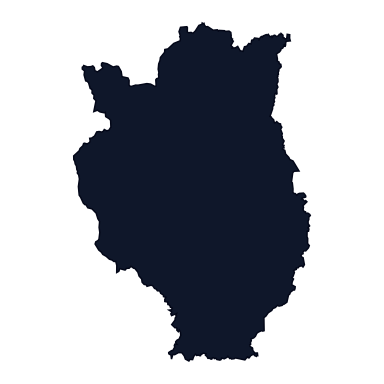 Mandritsara, Sofia, Madagascar
{"feature_id": "10022922B13687974105922", "entity_name": "Mandritsara", "entity_type": "district", "adm_level": 2, "iso_a3": "MDG", "parent_name": "Madagascar", "parent_adm1": "Sofia", "projection": "robinson", "projection_center": [48.852, -16.049], "detail": "fine", "context": "isolated", "style": "filled", "palette": "ink", "viewbox_px": 384, "rotation_deg": 0, "n_neighbors": 0, "source": "geoboundaries", "source_scale": "gbopen_adm2", "svg_char_len": 5893}
<svg xmlns="http://www.w3.org/2000/svg" viewBox="0 0 384 384"><path d="M266.3,34.6L263.0,36.0L262.5,37.1L261.6,36.5L260.5,37.2L259.0,39.7L258.3,38.5L254.5,38.0L253.4,39.8L251.7,40.2L251.0,43.9L248.8,43.5L246.7,46.3L244.5,46.7L242.9,51.4L240.1,50.7L237.7,46.4L235.4,47.8L232.2,48.2L232.7,47.2L230.9,45.5L233.3,41.2L232.2,40.2L232.5,39.0L231.5,38.7L231.3,37.1L230.8,36.8L231.2,35.7L230.8,32.4L229.0,31.1L225.5,31.4L224.5,30.7L219.1,30.4L218.3,31.0L217.4,29.8L213.2,30.2L207.7,26.6L205.8,26.8L204.5,25.2L204.0,23.3L203.2,23.7L202.2,23.0L201.9,24.3L198.9,25.4L195.3,31.0L193.0,33.3L191.1,32.4L188.7,32.7L187.3,32.1L187.4,27.6L186.9,26.7L180.5,27.3L179.0,31.7L180.3,35.5L179.7,36.7L180.4,38.1L180.2,40.8L173.8,43.4L167.9,48.9L164.8,49.5L164.6,52.3L160.4,57.5L160.0,60.5L158.7,63.9L158.2,69.2L158.9,72.7L158.5,74.2L158.8,77.4L158.4,78.1L156.6,78.7L155.8,79.8L156.1,85.2L155.9,86.1L154.8,86.4L150.6,84.1L146.9,83.6L138.0,85.2L135.6,85.1L131.5,86.4L129.7,86.1L129.0,84.7L129.1,80.4L128.0,78.0L122.0,76.7L121.2,71.5L118.4,66.5L116.7,66.1L113.1,67.0L107.1,63.7L102.4,62.7L101.6,63.5L101.4,65.5L102.6,67.2L102.6,68.3L97.4,71.9L94.9,70.7L94.3,67.5L92.8,65.9L91.1,66.6L87.4,66.9L83.7,65.5L83.3,66.5L82.3,67.2L82.3,69.1L84.6,70.9L84.1,74.9L85.7,80.9L87.2,81.3L88.6,82.8L90.2,88.5L91.5,89.2L92.2,90.5L92.0,93.0L94.1,95.2L93.8,98.5L96.0,100.7L93.8,111.6L97.4,110.2L100.0,111.9L104.2,112.8L105.3,112.3L105.7,116.6L109.1,118.7L110.6,120.3L110.9,127.1L108.8,130.3L106.7,130.8L104.3,129.5L103.2,131.3L101.6,132.1L99.1,131.5L96.7,131.9L94.6,136.0L91.6,138.1L89.7,138.3L90.2,141.1L89.5,142.5L87.2,143.9L84.5,143.2L83.6,143.5L82.9,145.8L80.0,148.5L79.2,150.8L73.7,155.9L73.8,159.6L74.8,161.4L75.2,163.9L76.4,165.9L76.9,169.8L77.7,170.9L77.3,173.0L78.7,174.9L79.4,179.0L78.4,186.6L79.2,195.2L80.6,197.2L83.3,203.1L84.8,204.6L86.0,204.7L87.8,207.8L91.9,208.8L96.2,213.2L97.9,218.8L99.6,221.5L99.1,227.4L99.8,232.4L99.0,239.0L98.1,240.5L95.8,241.8L95.1,244.0L98.8,250.1L101.4,252.2L102.8,254.4L106.2,256.3L109.4,259.2L111.8,259.9L114.0,261.5L115.7,261.3L116.8,265.4L116.7,272.5L118.8,271.3L119.8,268.6L124.7,270.0L125.4,269.9L126.3,268.4L129.2,268.2L131.0,266.3L133.6,268.2L134.8,268.4L137.9,272.2L139.1,276.1L141.7,279.0L142.1,282.2L144.1,284.4L146.3,284.8L147.0,286.3L151.0,285.2L152.7,285.7L154.5,288.4L156.2,289.1L157.4,290.8L159.7,290.9L160.7,293.3L163.5,295.1L163.5,296.6L165.8,297.3L164.8,299.4L164.8,301.5L167.7,302.1L167.9,304.5L169.0,304.7L170.2,306.2L170.4,307.2L172.2,307.9L171.6,309.8L169.0,310.1L171.6,311.7L171.7,312.6L170.8,313.9L171.6,315.6L176.6,313.5L175.9,315.3L176.5,315.9L175.2,318.0L175.0,320.1L171.7,324.6L175.0,327.8L176.5,327.7L177.0,328.9L176.8,330.1L178.3,331.7L179.3,330.0L180.4,332.2L180.8,335.3L179.1,339.1L177.1,340.1L175.7,341.7L175.7,342.7L177.0,344.3L174.9,344.1L174.3,345.5L174.7,347.2L172.6,350.7L171.6,350.6L168.7,352.5L168.8,353.8L171.0,355.1L171.5,359.1L172.9,354.4L174.6,354.7L178.5,352.6L181.8,352.7L184.2,355.8L185.4,359.1L188.9,361.0L189.8,359.4L192.6,359.6L193.7,356.5L195.4,354.2L196.7,355.5L198.1,355.1L200.1,355.8L200.6,355.6L200.8,354.2L201.6,354.3L203.2,353.1L206.1,353.8L205.4,355.1L207.0,356.6L207.9,358.3L209.6,358.3L211.1,359.2L211.9,359.0L212.4,357.8L213.7,357.7L214.3,358.6L215.8,358.2L216.8,359.5L219.9,360.1L221.0,359.6L221.6,358.1L224.3,358.8L227.1,357.3L227.9,356.2L229.7,358.5L230.8,358.2L231.5,359.0L234.1,358.7L235.4,357.9L244.9,359.9L247.3,356.9L247.7,356.8L248.2,357.8L249.1,357.9L250.7,355.7L253.2,354.3L254.1,354.1L254.4,355.5L256.5,356.4L257.0,355.5L257.7,355.6L257.4,353.0L254.8,353.0L252.7,350.3L252.7,348.8L252.0,348.6L252.3,347.8L250.0,346.5L249.7,344.7L250.6,344.4L250.5,342.2L251.3,340.8L250.9,339.0L253.7,337.9L255.4,336.3L256.8,333.3L258.4,332.1L261.4,330.7L262.8,331.1L264.1,330.7L263.9,317.6L265.8,316.2L268.3,312.7L271.7,310.5L272.9,308.5L275.2,307.6L277.6,305.3L279.0,306.1L282.1,305.4L283.5,304.0L284.0,304.2L286.9,302.2L288.5,295.1L289.8,294.0L290.3,292.3L293.3,290.0L294.5,290.0L295.0,288.6L295.2,286.7L291.8,284.8L292.2,281.8L293.5,279.0L291.9,277.5L293.1,276.3L294.4,272.5L293.6,270.5L296.3,269.4L296.2,268.1L298.1,267.8L299.0,266.6L301.5,265.7L303.0,267.0L304.4,264.7L303.1,257.7L301.7,257.0L300.9,255.5L302.0,254.1L303.1,253.7L302.8,252.6L303.8,250.8L305.7,250.9L308.4,247.9L309.3,245.6L307.6,243.5L307.7,238.4L307.0,236.7L307.1,231.3L308.5,231.2L308.9,229.0L308.0,227.8L309.6,225.9L308.1,223.6L308.1,221.1L308.8,219.6L308.8,217.2L310.3,215.5L309.7,214.4L307.8,213.1L306.0,213.4L305.5,211.8L304.4,211.9L303.1,209.7L303.5,207.2L302.9,205.8L306.9,201.8L305.7,200.6L304.8,201.4L302.6,199.2L301.5,199.1L301.9,198.1L305.6,197.1L305.8,196.1L304.7,194.3L303.5,193.1L299.3,193.4L297.9,194.0L296.8,195.2L295.3,193.6L293.9,193.4L292.9,192.5L293.0,188.9L292.3,182.8L291.5,182.0L292.7,172.9L293.5,171.7L294.6,171.2L299.0,171.0L293.0,161.0L289.8,159.5L288.8,157.4L285.6,154.0L284.8,150.4L282.4,149.0L283.2,147.8L284.0,147.8L283.6,146.1L284.0,145.4L282.7,144.9L282.6,144.4L284.1,141.0L282.2,138.2L282.3,136.5L281.7,135.5L282.3,133.7L280.6,129.3L281.8,127.2L280.7,125.4L280.5,123.9L278.6,123.4L276.7,121.6L275.5,122.7L274.4,122.8L273.6,119.7L271.8,118.1L271.3,117.0L270.0,116.4L272.6,108.8L272.6,106.6L273.9,105.0L273.4,103.5L274.5,101.6L273.9,99.9L274.9,97.6L274.4,96.6L274.9,94.1L275.5,93.3L276.5,94.1L277.0,93.8L276.7,89.3L277.9,87.1L276.7,84.0L278.0,81.8L277.9,78.9L277.3,77.2L277.9,76.3L277.6,75.3L278.4,74.5L278.2,72.2L278.9,70.8L278.5,69.7L281.2,66.8L280.8,64.3L279.1,63.6L279.1,62.1L277.3,61.0L277.4,58.8L276.5,53.8L279.4,52.0L280.7,50.4L280.8,49.2L282.8,48.0L283.6,46.3L285.2,46.3L285.6,45.0L284.5,44.7L285.5,44.1L286.1,41.3L290.3,40.9L289.6,38.2L289.7,34.7L287.2,34.3L286.8,38.1L285.8,39.0L284.2,38.4L284.0,37.7L283.0,37.6L283.0,35.2L281.0,33.4L280.6,34.3L279.4,34.2L278.2,35.9L276.4,36.5L274.8,35.2L274.0,35.3L272.2,37.3L271.9,36.0L270.0,36.8L268.2,34.3L267.2,35.2L266.3,34.6Z" fill="#0f172a" stroke="#020617" stroke-width="1.5"/></svg>